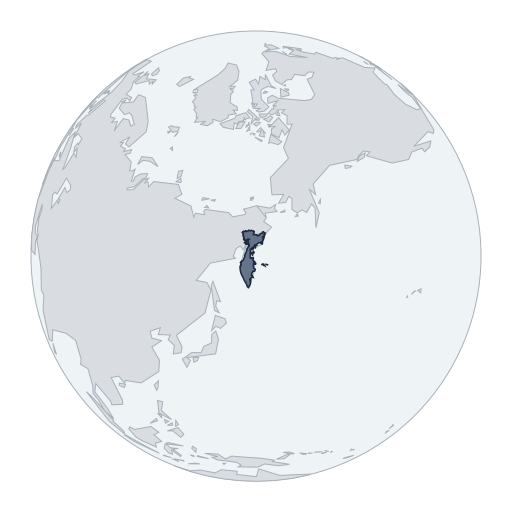 globe centered on Kamchatka, rotated 336°
{"feature_id": "RUS-3468", "entity_name": "Kamchatka", "entity_type": "Region", "adm_level": 1, "iso_a3": "RUS", "parent_name": "Russia", "parent_adm1": "", "projection": "orthographic", "projection_center": [164.844, 57.899], "detail": "fine", "context": "on_globe", "style": "filled", "palette": "slate", "viewbox_px": 512, "rotation_deg": 336, "n_neighbors": 0, "source": "natural_earth", "source_scale": "10m", "svg_char_len": 17752}
<svg xmlns="http://www.w3.org/2000/svg" viewBox="0 0 512 512"><g transform="rotate(336 256 256)"><circle cx="256" cy="256" r="225" fill="#eef3f6" stroke="#a8b0b8"/><path d="M312.6,466.1L312.8,466.5L312.5,466.7L312.6,466.1ZM465.2,172.4L464.9,172.1L469.8,213.2L467.8,216.2L463.7,212.3L444.8,220.0L462.5,222.0L459.1,227.1L452.5,229.4L451.4,225.0L440.6,224.4L434.7,229.9L418.2,226.5L397.6,209.3L402.3,207.2L396.8,203.7L390.5,206.3L387.7,208.9L360.1,203.1L337.5,213.5L335.4,224.3L331.9,216.4L331.3,242.3L322.3,254.5L329.4,236.2L327.8,231.0L320.1,236.8L316.8,232.7L311.1,233.3L307.8,228.1L312.2,218.2L310.2,214.8L304.9,219.1L298.2,216.9L306.3,211.0L295.5,206.6L300.9,190.3L325.3,180.1L325.3,168.1L342.5,150.3L337.9,148.1L341.5,140.6L337.6,135.5L341.9,134.0L335.0,131.3L331.8,133.6L327.8,133.3L325.2,130.6L330.2,128.1L332.2,129.1L332.4,127.0L336.0,127.0L332.7,125.5L339.1,123.0L329.0,121.5L330.9,116.3L336.2,115.8L340.5,121.0L363.6,133.8L370.3,135.5L375.3,132.4L374.6,115.4L380.0,115.4L383.7,111.7L378.5,109.1L373.8,111.1L365.1,105.7L360.3,109.3L356.1,107.7L349.2,109.7L345.0,104.0L344.7,97.5L350.1,95.8L350.1,93.0L340.7,90.5L346.8,83.7L343.7,73.4L345.8,72.5L357.7,77.5L368.4,87.6L383.7,95.6L368.5,85.1L374.2,83.5L372.9,81.2L369.5,78.4L365.3,77.0L366.1,75.5L381.5,85.0L381.0,86.4L376.1,83.3L381.2,88.2L391.6,95.3L393.6,94.3L407.1,107.1L408.7,106.6L412.6,109.4L409.1,109.1L415.6,110.1L431.8,127.8L441.1,132.7L437.7,135.8L440.0,142.5L443.6,151.6L445.3,152.4L447.9,164.2L454.2,178.0L462.5,187.9L466.4,188.3L463.1,174.4L459.3,167.4L455.2,156.9L464.0,171.9L457.9,156.3L460.2,160.9L465.2,172.4ZM391.5,356.6L389.8,353.1L393.5,353.1L391.5,356.6ZM387.0,352.4L388.0,353.3L386.8,352.8L387.0,352.4ZM385.0,353.0L386.5,352.6L384.9,353.5L385.0,353.0ZM382.4,354.4L383.8,353.5L383.7,353.8L382.4,354.4ZM444.5,136.1L437.2,122.4L444.1,132.7L442.3,130.1L443.6,132.9L446.9,140.1L452.2,150.3L444.5,136.1ZM378.0,355.2L376.8,355.3L378.0,354.0L378.0,355.2ZM435.0,124.1L436.5,126.9L434.6,123.8L435.0,124.1ZM386.9,210.8L390.7,206.8L397.7,206.1L394.9,209.9L386.9,210.8ZM373.2,212.3L374.1,209.1L380.1,212.8L377.8,213.5L373.2,212.3ZM334.7,233.1L338.4,229.7L335.9,234.5L334.7,233.1ZM310.9,234.3L310.9,236.7L308.0,236.0L310.9,234.3ZM352.0,112.7L350.7,111.2L352.6,111.6L352.0,112.7ZM350.3,115.1L353.5,116.6L353.2,118.0L351.2,117.0L350.3,115.1ZM300.3,227.5L295.6,226.0L301.1,225.8L300.3,227.5ZM346.3,112.9L352.2,120.2L351.5,122.6L343.4,121.0L346.3,112.9ZM293.3,223.9L281.9,220.6L280.9,225.4L277.1,210.4L288.1,217.9L295.1,216.9L292.0,220.3L293.3,223.9ZM332.0,135.6L335.2,132.9L334.9,137.7L332.0,135.6ZM332.8,138.7L337.6,154.5L331.5,157.3L331.1,151.3L325.1,157.3L319.7,150.9L321.8,146.2L326.8,145.5L320.9,143.6L332.8,138.7ZM276.9,202.8L274.8,200.7L277.8,201.0L276.9,202.8ZM326.1,133.6L327.6,136.4L322.4,139.0L318.4,133.8L321.4,134.6L326.1,133.6ZM326.1,162.1L321.5,163.3L315.9,158.4L313.4,158.2L319.0,151.0L326.1,162.1ZM321.3,132.7L316.5,131.2L316.6,127.6L324.3,131.0L321.3,132.7ZM322.8,141.9L320.1,142.9L320.3,140.6L322.8,141.9ZM314.2,114.4L316.2,117.5L313.6,119.0L314.2,114.4ZM314.8,130.9L314.7,132.2L314.0,133.2L310.9,131.6L314.8,130.9ZM314.7,148.1L313.3,145.9L312.1,150.8L307.8,147.5L312.4,143.4L308.6,143.8L307.3,142.8L312.5,140.6L314.7,148.1ZM305.5,133.1L309.8,127.0L306.8,120.8L309.0,119.2L313.5,129.4L305.5,133.1ZM309.2,137.6L307.4,134.4L311.0,133.9L314.4,135.8L309.2,137.6ZM303.3,146.9L308.7,153.0L307.5,153.7L303.3,146.9ZM303.9,131.3L302.9,132.9L303.3,131.0L303.9,131.3ZM302.7,142.2L304.8,144.2L303.4,144.9L302.7,142.2ZM299.2,134.3L300.6,132.3L303.0,133.5L299.2,134.3ZM300.2,138.0L297.8,138.6L303.0,135.1L301.4,138.8L300.2,138.0ZM301.0,142.6L300.9,143.7L300.4,141.6L301.0,142.6ZM289.4,131.3L295.3,126.7L300.6,129.1L294.1,133.3L289.4,131.3ZM236.6,31.6L226.7,33.2L214.6,35.0L181.3,45.5L176.3,47.3L175.4,46.3L146.5,59.4L142.9,62.5L121.5,76.9L110.4,86.9L114.9,88.8L133.2,72.2L141.2,69.3L130.3,82.2L115.0,98.2L117.6,97.6L131.3,88.0L131.9,92.5L136.5,84.9L131.6,87.3L134.4,82.9L139.0,80.4L139.0,82.0L144.8,77.8L143.2,71.9L138.1,73.8L150.7,63.5L143.3,65.8L145.3,63.3L158.5,58.7L160.3,59.2L181.5,53.0L180.7,51.4L160.6,57.4L165.1,55.2L163.9,53.7L168.3,53.2L190.4,47.7L204.4,41.9L215.3,35.4L225.0,33.5L236.4,32.4L239.5,35.5L217.4,39.5L218.3,41.2L228.7,42.2L221.2,43.5L222.7,44.6L215.0,46.8L210.0,52.5L203.1,55.5L206.8,60.6L203.8,63.0L202.4,59.2L197.8,58.4L181.2,67.5L179.6,70.0L183.4,72.8L178.4,75.2L184.2,76.7L177.4,84.0L190.5,76.5L195.3,80.1L194.4,86.4L198.3,86.4L199.8,76.3L198.3,73.6L193.3,73.3L191.2,65.4L195.7,61.8L206.7,65.4L214.3,60.9L219.5,66.1L212.2,89.3L206.2,97.9L184.2,104.7L182.3,100.5L189.2,95.8L177.6,97.0L181.0,98.4L176.9,100.5L180.4,105.0L177.6,106.8L185.7,108.2L182.7,111.0L177.6,110.0L180.2,119.5L175.4,126.6L177.4,128.0L180.8,127.4L172.5,137.1L174.3,137.7L177.7,134.7L183.5,134.0L190.5,136.7L187.3,139.9L184.3,139.4L173.1,143.2L165.7,141.6L165.1,143.2L170.7,145.5L184.4,140.7L189.5,141.4L183.3,144.3L185.9,143.3L187.5,144.7L185.9,149.2L192.9,146.4L214.2,159.1L213.4,169.5L205.4,170.3L216.9,183.8L215.0,195.3L218.2,192.4L225.8,197.4L226.5,193.8L228.6,192.9L248.5,205.1L250.6,210.8L262.8,213.6L264.4,212.2L263.5,208.1L277.1,210.4L280.9,225.4L277.0,227.7L282.0,235.9L272.4,240.2L266.8,247.8L253.4,248.2L250.2,254.5L252.5,257.1L249.8,267.8L236.1,281.8L236.8,259.2L255.3,237.7L246.9,245.3L245.7,240.4L240.8,241.2L235.1,247.0L236.3,249.7L211.4,243.9L191.5,254.0L200.4,260.2L201.1,268.6L186.3,287.3L151.0,296.1L151.5,308.9L148.3,313.9L140.6,311.9L145.1,304.4L141.7,296.9L145.5,293.3L134.7,288.0L139.5,282.6L128.7,281.6L127.5,288.6L135.2,294.9L123.8,296.8L125.4,312.0L120.2,322.0L99.4,325.2L86.2,316.6L84.2,318.5L81.8,310.0L74.3,308.1L75.4,333.3L73.9,337.3L63.7,333.3L64.3,330.0L57.8,307.4L53.5,314.5L58.2,334.0L59.8,346.9L54.7,335.4L53.5,323.4L51.3,315.1L54.2,308.1L56.6,290.5L51.7,283.7L54.3,279.0L56.9,259.9L51.1,249.4L40.3,240.7L35.2,250.9L33.1,248.3L39.5,218.8L46.3,205.5L46.1,199.7L54.8,179.2L62.4,152.5L65.7,147.9L66.7,143.8L73.1,133.2L79.1,126.8L81.9,121.5L66.7,139.0L63.8,145.1L64.6,148.6L60.6,153.1L54.7,164.7L53.3,159.5L59.5,145.9L68.8,130.7L79.3,116.2L104.2,91.0L105.3,90.6L105.6,90.5L106.2,90.0L105.2,89.7L111.8,84.8L91.4,102.3L89.8,103.9L101.6,91.9L114.2,80.9L127.6,70.9L141.7,61.9L156.4,53.9L171.7,47.1L187.5,41.4L203.6,36.9L220.0,33.6L236.6,31.6ZM95.1,117.5L88.4,129.3L98.0,123.8L96.2,128.0L100.1,124.7L98.7,123.3L109.3,115.7L108.8,121.1L113.0,120.2L115.4,116.2L114.6,107.8L99.5,118.4L98.2,115.8L95.1,117.5ZM446.5,136.1L444.3,132.5L443.6,131.3L445.6,134.4L446.5,136.1ZM438.5,123.9L439.9,125.9L436.1,120.7L438.5,123.9ZM435.4,119.7L435.7,120.2L432.0,115.4L435.4,119.7ZM439.0,128.1L437.9,126.1L439.2,127.5L439.0,128.1ZM433.6,121.9L434.3,122.9L434.2,123.4L433.6,121.9ZM373.2,82.9L372.1,82.1L369.3,79.3L371.8,80.7L373.2,82.9ZM349.2,67.6L351.0,65.6L351.5,67.8L355.5,69.1L361.4,75.5L347.2,72.4L352.6,72.5L349.2,67.6ZM365.4,83.8L363.2,79.7L366.2,84.4L365.4,83.8ZM239.0,49.6L234.5,49.3L234.6,47.2L243.4,44.4L243.3,47.3L239.0,49.6ZM228.0,49.5L236.5,54.4L231.3,56.7L232.8,54.5L228.5,55.5L229.7,52.3L216.5,50.1L215.7,48.2L232.5,43.5L227.4,45.9L232.2,45.9L228.0,49.5ZM267.2,66.1L270.8,69.2L255.0,70.0L253.4,67.1L262.1,63.9L269.1,65.4L267.2,66.1ZM330.9,108.9L333.3,110.7L331.9,111.3L328.7,110.3L330.9,108.9ZM315.3,115.7L318.9,102.2L321.8,103.4L320.4,94.5L327.6,94.3L328.3,100.0L332.7,93.5L336.2,98.6L338.4,93.9L339.2,106.6L342.5,111.2L336.1,106.0L329.4,106.0L327.5,107.3L324.6,114.8L328.4,125.1L322.4,127.0L317.1,125.6L315.3,123.4L319.8,122.8L314.1,120.3L319.2,117.8L315.3,115.7ZM258.8,113.2L264.8,112.6L254.2,108.8L259.3,105.6L257.7,105.4L259.5,101.5L258.9,96.5L261.9,95.7L260.4,94.1L261.5,91.6L260.5,89.2L265.5,87.1L264.6,84.1L267.4,84.8L264.6,80.3L268.9,82.7L270.8,80.0L265.6,79.1L295.0,75.1L304.0,72.1L309.1,68.4L315.9,73.6L315.5,80.6L310.7,88.0L301.1,90.4L306.0,92.5L302.8,94.3L300.3,91.9L302.2,96.8L298.9,97.7L294.7,105.4L299.5,112.4L298.1,115.5L294.6,113.3L295.6,118.0L288.0,116.0L286.8,118.3L278.1,118.8L272.0,113.4L271.1,116.4L264.5,117.2L258.8,113.2ZM286.9,131.2L278.4,125.1L277.0,120.5L292.8,121.6L294.9,119.8L304.9,120.8L306.7,127.6L303.7,126.6L301.2,127.3L301.6,124.9L299.4,127.4L295.1,126.2L292.2,127.9L290.3,125.4L286.9,131.2ZM173.5,49.2L170.3,50.6L165.7,53.0L164.9,52.3L173.5,49.2ZM188.7,45.2L186.1,46.3L182.7,46.1L186.1,44.8L188.7,45.2ZM187.6,47.4L186.2,46.4L189.0,46.2L187.6,47.4ZM200.3,60.6L197.9,62.3L196.6,61.9L196.5,60.4L200.3,60.6ZM228.6,102.6L232.2,102.7L232.2,103.8L238.5,107.3L235.3,110.2L230.2,109.2L228.6,102.6ZM116.4,86.0L117.9,83.2L120.3,81.5L119.3,82.8L116.4,86.0ZM141.2,65.5L134.2,69.9L141.1,65.2L141.2,65.5ZM226.1,106.3L229.1,107.3L225.6,108.2L226.1,106.3ZM233.3,112.5L229.7,113.8L235.6,110.9L233.3,112.5ZM96.5,406.9L101.7,411.8L101.6,412.1L96.5,406.9ZM91.0,400.5L96.6,405.8L90.4,400.7L91.0,400.5ZM98.8,407.9L104.5,412.0L106.9,413.4L106.7,414.0L98.8,407.9ZM87.4,396.9L69.7,376.4L63.3,366.5L64.3,366.7L74.7,380.7L87.4,396.9ZM63.9,365.9L54.7,347.1L45.9,310.9L49.0,318.2L59.0,348.3L58.2,348.8L63.7,361.3L63.9,365.9ZM87.9,386.1L87.2,390.0L76.9,378.5L72.6,372.5L69.5,362.1L71.2,360.7L74.6,365.1L90.6,369.0L95.6,377.5L90.1,377.9L94.4,387.0L87.9,386.1ZM35.0,253.0L33.7,264.9L33.0,261.8L35.0,253.0ZM99.0,366.4L91.2,365.7L98.9,363.9L99.0,366.4ZM104.7,362.5L104.2,365.8L102.4,360.4L104.7,362.5ZM82.2,322.6L78.5,318.7L79.4,316.4L84.7,320.1L82.2,322.6ZM116.2,330.3L112.6,336.9L110.6,338.3L110.6,332.4L116.2,330.3ZM202.8,134.5L197.5,126.2L191.7,122.7L185.0,124.3L192.2,118.7L201.2,124.2L202.8,134.5ZM213.1,155.6L219.0,154.5L218.0,157.6L216.6,158.2L213.1,155.6ZM215.5,153.1L219.7,147.0L224.0,148.1L219.9,152.7L215.5,153.1ZM222.6,125.6L221.3,122.9L224.1,122.3L222.6,125.6ZM96.3,414.9L108.7,425.6L118.1,428.9L130.5,437.5L137.3,437.1L151.3,445.0L149.4,447.7L166.6,457.7L171.9,451.6L188.5,466.1L205.2,472.7L217.2,477.5L214.5,477.4L197.9,473.7L181.7,468.7L165.9,462.5L150.7,455.1L136.0,446.6L122.0,437.1L108.7,426.5L96.3,414.9ZM253.0,476.3L256.6,476.6L264.3,477.8L258.3,477.6L253.0,476.3ZM303.7,469.3L306.7,469.5L302.5,470.3L303.7,469.3ZM312.5,466.7L307.3,467.9L312.6,466.1L312.5,466.7ZM265.0,472.2L267.3,472.7L266.1,472.9L265.0,472.2ZM263.4,472.0L264.6,471.1L265.2,472.0L263.4,472.0ZM243.9,465.6L245.5,465.2L246.6,465.8L243.9,465.6ZM109.4,418.2L116.1,420.5L120.3,423.2L109.4,418.2ZM240.5,464.1L235.9,463.4L236.1,462.8L240.5,464.1ZM240.3,462.6L239.4,461.6L243.2,464.1L240.3,462.6ZM230.8,459.3L236.9,461.8L230.2,459.4L230.8,459.3ZM227.6,459.0L223.5,457.6L223.7,457.3L227.6,459.0ZM187.3,450.4L201.9,459.9L191.4,456.8L179.3,449.5L171.9,449.7L154.0,441.4L157.4,441.1L154.5,436.7L137.4,426.3L133.9,422.0L139.6,423.8L129.0,415.5L140.5,421.4L145.6,429.0L152.4,428.9L165.0,435.8L178.2,442.7L189.8,450.0L187.3,450.4ZM141.5,431.9L143.6,433.1L142.0,433.4L141.5,431.9ZM215.8,453.7L221.7,457.0L221.1,457.4L218.4,456.5L215.8,453.7ZM192.2,450.0L204.3,449.9L207.4,450.8L199.5,452.7L192.2,450.0ZM200.9,446.5L206.9,448.7L210.4,451.7L209.3,452.0L200.9,446.5ZM118.0,413.0L117.7,414.0L114.9,411.0L118.0,413.0ZM121.5,414.7L130.3,421.9L120.8,415.3L121.5,414.7ZM97.6,391.2L99.8,396.4L106.7,400.2L101.5,398.7L106.7,407.8L105.4,408.4L100.0,398.9L99.1,403.2L96.1,400.4L93.9,394.1L96.7,390.6L99.7,390.6L112.4,400.0L97.6,391.2ZM121.2,410.8L119.1,405.4L120.8,403.9L123.1,407.7L121.2,410.8ZM113.5,391.0L108.9,381.9L103.8,379.7L115.0,381.0L117.5,389.6L113.5,391.0ZM111.0,376.7L106.1,374.6L111.7,374.4L111.0,376.7ZM105.4,371.9L105.8,368.0L109.1,371.5L105.4,371.9ZM113.3,378.8L115.8,373.5L116.7,378.5L113.3,378.8ZM106.7,358.8L112.4,371.1L103.5,360.1L107.3,347.9L111.4,351.3L106.7,358.8ZM156.0,327.8L157.3,323.1L162.2,325.3L159.9,327.8L156.0,327.8ZM179.3,329.0L163.9,324.4L151.8,320.8L153.7,324.8L147.6,329.6L146.8,320.2L158.1,318.1L166.6,322.1L171.5,317.3L180.0,317.4L183.8,309.6L188.7,308.2L187.9,316.6L179.3,329.0ZM185.1,306.1L194.7,293.7L202.2,300.8L201.8,305.1L194.2,307.7L190.7,303.8L185.1,306.1ZM199.2,292.9L195.9,289.0L203.0,264.9L206.4,261.6L205.0,283.2L201.8,280.9L198.7,285.7L199.2,292.9ZM273.5,202.8L274.7,200.9L275.3,203.4L273.5,202.8ZM228.8,190.8L231.7,189.9L232.4,192.8L228.8,190.8ZM240.3,189.1L237.5,186.5L241.9,188.0L240.3,189.1ZM230.9,181.0L237.0,184.8L229.2,183.1L230.9,181.0Z" fill="#d9dde1" stroke="#a8b0b8" stroke-width="1"/><path d="M273.8,239.4L273.6,239.2L273.2,239.5L273.3,239.4L273.1,239.3L273.0,239.5L272.7,240.2L272.1,239.8L272.1,240.3L272.1,240.6L271.8,240.7L271.8,241.0L271.5,241.3L271.1,241.1L270.8,241.3L271.2,241.5L271.3,241.7L271.2,241.8L270.7,241.6L270.9,241.9L270.7,242.2L270.2,242.1L270.4,242.4L270.0,242.5L270.5,242.8L270.1,243.0L269.6,242.7L270.0,243.1L269.8,243.6L269.7,243.7L269.6,243.3L269.6,243.7L268.8,243.9L269.0,244.2L268.6,244.4L268.7,244.2L268.6,244.6L268.2,245.0L267.4,245.2L267.5,245.3L267.4,245.6L267.0,245.5L267.3,246.0L267.0,246.2L266.9,247.4L266.7,247.6L266.0,247.1L265.8,246.7L266.0,246.4L265.6,246.3L265.4,245.8L264.5,245.3L264.7,245.2L264.4,245.0L262.6,245.2L261.8,245.6L261.6,245.4L261.7,245.7L261.3,245.9L261.1,245.8L261.0,246.0L260.8,245.8L260.9,246.1L260.7,246.0L260.8,246.1L260.6,246.3L260.2,246.0L260.3,246.4L260.0,246.5L258.8,248.4L258.5,248.4L258.5,248.1L258.6,247.2L258.8,246.9L258.7,246.2L258.9,246.2L259.0,245.7L258.3,246.0L258.1,246.2L258.3,246.1L258.7,245.9L257.6,246.7L257.2,246.9L257.2,246.7L257.2,247.0L256.8,247.4L256.6,247.2L256.5,247.3L256.3,247.2L256.4,247.5L256.6,247.4L256.7,247.8L256.0,248.6L255.7,247.8L255.3,247.3L255.0,247.4L255.1,247.6L255.0,247.8L254.6,248.0L254.7,248.3L254.4,248.1L254.7,247.7L253.6,247.5L253.7,247.8L253.9,247.8L253.7,248.1L253.4,248.1L253.1,248.4L253.1,249.2L252.7,249.4L252.7,249.6L253.0,250.0L252.9,250.5L252.6,250.5L252.4,250.7L252.8,251.3L252.6,251.5L252.6,251.2L252.4,251.1L252.0,251.1L252.4,251.6L252.0,252.0L252.0,251.7L251.9,252.1L251.6,252.1L251.8,252.1L251.8,252.3L251.0,252.9L250.5,253.9L250.1,255.1L250.1,255.8L251.0,256.4L250.8,256.7L251.1,256.5L251.1,256.0L251.2,255.8L251.5,255.7L252.1,256.2L252.6,256.3L252.8,256.7L252.6,256.9L252.6,257.2L252.3,257.7L251.7,258.1L251.6,258.9L251.8,259.3L251.6,259.8L251.6,260.4L251.9,260.6L252.5,260.5L252.5,261.0L252.5,261.7L252.7,262.2L252.8,262.7L252.2,263.0L252.1,263.4L251.6,263.2L251.2,262.5L252.3,261.5L252.0,261.3L251.8,261.7L251.3,261.5L250.7,261.9L251.1,262.3L249.9,263.1L249.9,263.3L249.2,265.1L249.1,265.8L249.2,266.5L249.9,267.8L249.8,268.0L248.9,269.2L247.9,269.2L247.6,268.7L246.6,268.9L245.0,270.2L244.6,271.0L244.4,271.7L244.4,272.1L244.5,272.5L244.4,272.2L244.6,272.3L244.6,272.9L244.2,272.8L244.6,273.5L244.4,273.8L244.5,274.0L244.7,273.8L244.7,274.5L244.1,274.0L244.2,273.7L242.6,274.1L241.5,275.0L241.3,274.3L240.9,274.4L240.8,274.8L241.1,274.9L241.0,274.7L241.3,275.0L240.9,275.4L241.2,275.7L241.0,275.9L240.7,275.8L240.7,276.1L240.9,276.2L240.9,276.5L240.6,276.8L240.9,276.8L241.0,276.9L240.8,277.0L240.5,277.5L240.3,277.9L240.1,278.5L239.4,279.2L239.1,279.7L238.2,280.2L238.0,280.7L237.7,280.7L235.8,282.3L236.1,281.9L236.1,281.6L236.1,281.1L235.6,280.6L235.8,277.1L235.6,275.8L235.8,276.1L236.0,275.9L235.6,275.5L235.4,274.2L235.4,270.8L235.2,268.2L235.3,264.9L236.0,262.0L236.2,261.7L236.8,259.8L237.3,259.0L237.4,258.9L237.2,259.2L237.1,259.4L237.5,258.9L238.1,258.6L238.4,258.0L238.6,258.3L239.4,256.9L239.4,256.0L239.1,255.7L239.6,255.2L240.1,255.6L240.6,255.5L241.0,254.7L241.7,254.9L242.2,254.8L242.5,255.1L242.3,254.8L244.3,253.1L244.5,253.3L244.4,253.0L245.1,252.4L245.6,251.7L245.7,251.2L245.8,250.9L247.0,250.0L247.3,249.2L248.1,249.0L249.0,248.1L249.4,247.4L250.2,246.8L250.4,246.6L250.3,246.4L250.4,246.0L250.9,245.5L252.0,245.1L252.3,244.7L253.1,244.5L253.1,244.9L253.3,244.4L253.9,244.3L254.0,244.1L253.9,244.0L253.4,243.8L253.7,243.6L253.8,243.2L254.3,242.9L254.5,242.4L254.3,242.1L253.9,242.1L254.2,241.3L254.5,241.1L254.7,238.9L255.2,238.5L255.4,238.1L256.7,238.4L256.8,238.6L256.5,238.1L257.5,238.1L256.5,238.0L255.3,237.2L254.6,237.3L254.3,237.6L253.5,237.7L253.4,237.6L252.9,238.2L253.3,238.6L252.8,239.0L252.9,239.4L252.8,239.5L253.0,239.6L252.6,240.2L252.5,240.6L253.2,241.0L252.8,241.4L252.7,241.5L252.8,241.6L252.6,241.7L252.3,241.4L252.5,241.2L252.3,241.0L251.9,241.2L252.1,241.4L251.6,241.2L251.6,240.8L251.5,240.7L251.3,240.1L251.7,239.9L251.7,239.5L251.1,239.1L252.1,238.7L252.2,237.9L252.1,237.5L252.3,237.1L252.1,237.1L251.9,236.5L251.4,236.2L251.5,235.6L251.6,235.4L252.0,235.4L252.0,235.2L252.3,235.2L252.2,234.4L252.7,234.0L252.7,233.5L252.6,233.3L252.3,232.8L252.5,232.5L252.6,232.4L252.7,232.2L252.6,231.9L252.5,231.4L252.7,231.2L253.1,231.3L253.3,230.8L253.6,230.5L253.2,229.9L253.2,229.6L253.3,229.2L253.1,228.9L253.5,228.8L253.8,228.4L254.4,228.7L254.9,228.4L255.9,229.0L256.0,229.3L256.3,229.3L256.3,228.8L256.7,228.7L256.9,229.1L257.4,229.1L257.8,229.6L257.6,229.7L257.7,229.9L258.3,229.7L259.3,229.9L260.0,229.5L260.3,230.0L260.5,230.1L260.9,230.6L261.4,230.8L261.7,230.6L262.2,230.6L262.5,231.0L262.9,231.7L263.4,232.0L263.8,232.0L263.8,232.3L264.2,232.5L264.3,233.1L264.1,233.2L264.1,233.5L263.6,233.7L263.0,234.6L263.0,234.8L262.8,234.8L262.9,235.0L262.7,235.0L262.4,235.5L263.3,236.0L263.6,235.8L265.0,237.0L265.4,236.9L265.3,237.4L265.5,237.6L265.4,237.8L265.9,238.4L266.2,238.2L267.0,238.4L267.4,238.2L267.6,237.9L267.7,238.1L267.9,237.9L268.1,238.1L269.1,237.4L269.5,237.6L269.9,237.4L270.6,237.7L271.1,237.4L271.6,236.8L272.0,236.7L272.2,236.8L272.4,237.1L272.7,237.0L272.8,237.4L272.7,237.7L272.9,238.0L273.0,238.4L273.4,238.3L273.7,238.7L273.7,239.0L273.8,239.1L273.7,239.2L273.8,239.4ZM255.8,251.6L255.6,252.2L255.1,252.2L254.8,252.5L254.6,252.4L254.0,252.9L253.4,253.4L253.2,253.8L253.1,253.5L253.5,253.2L253.8,252.4L253.8,252.1L254.1,251.7L253.7,251.7L253.8,251.6L254.9,251.2L255.4,250.7L255.8,251.6ZM260.1,267.9L260.1,268.6L259.7,268.0L259.4,268.0L258.8,267.1L258.6,266.5L258.0,266.2L258.4,265.9L259.2,266.1L259.1,266.4L259.2,266.8L260.1,267.9ZM262.6,268.2L263.5,269.2L262.0,268.1L261.9,267.8L262.6,268.2Z" fill="#64748b" stroke="#1e293b" stroke-width="1.5"/></g></svg>